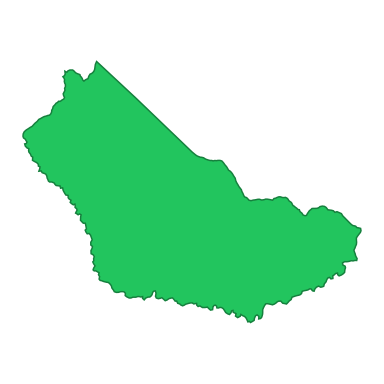 outline of Santa Maria da Vitória, Bahia, Brazil
{"feature_id": "56859067B38295503968792", "entity_name": "Santa Maria da Vitória", "entity_type": "district", "adm_level": 2, "iso_a3": "BRA", "parent_name": "Brazil", "parent_adm1": "Bahia", "projection": "robinson", "projection_center": [-44.363, -13.186], "detail": "fine", "context": "isolated", "style": "filled", "palette": "green", "viewbox_px": 384, "rotation_deg": 0, "n_neighbors": 0, "source": "geoboundaries", "source_scale": "gbopen_adm2", "svg_char_len": 5605}
<svg xmlns="http://www.w3.org/2000/svg" viewBox="0 0 384 384"><path d="M96.6,61.5L95.4,64.3L95.1,66.1L94.9,67.8L94.6,69.5L94.0,71.0L92.8,72.6L91.4,73.6L90.1,74.1L88.8,76.2L88.0,78.7L86.4,79.3L85.2,80.0L83.9,81.1L82.8,80.1L82.3,78.7L81.5,77.3L80.3,76.0L79.9,74.6L77.2,73.6L75.5,72.7L74.2,71.2L72.7,70.0L69.9,70.0L67.9,70.9L66.8,72.3L64.9,71.2L65.2,74.1L64.4,75.7L62.9,76.7L64.0,78.1L64.6,79.7L64.3,81.3L64.7,83.1L65.4,84.5L65.4,86.7L64.6,88.3L65.0,90.2L64.1,92.1L63.2,93.8L63.6,95.6L64.5,97.4L63.8,99.0L62.0,100.0L60.3,101.3L58.5,101.3L57.5,102.5L56.1,103.2L54.8,104.9L53.2,106.5L52.6,108.8L51.7,110.3L51.6,112.0L50.8,113.8L49.5,115.2L48.0,115.4L46.1,116.1L44.4,116.5L42.9,117.2L41.0,118.3L38.8,119.4L37.1,121.5L35.0,123.2L33.6,124.7L32.2,126.3L30.2,127.4L28.3,128.7L26.2,130.0L24.3,131.7L23.2,133.9L23.0,136.3L23.5,137.9L25.3,139.2L26.1,140.7L27.0,142.1L26.2,143.6L24.7,143.9L25.3,146.1L27.1,148.0L28.8,148.7L28.6,150.7L29.0,152.3L30.3,153.8L31.3,156.2L32.7,157.1L32.5,160.3L34.7,161.6L36.7,162.6L38.3,164.3L38.4,166.1L40.0,166.8L39.8,168.5L38.9,171.2L41.1,170.9L42.2,172.7L44.2,173.4L45.8,174.1L46.8,176.0L47.2,178.2L47.9,179.5L48.4,181.0L49.6,182.0L51.8,182.0L54.2,183.0L55.0,184.4L56.1,185.5L58.4,185.8L60.0,185.9L60.6,188.2L62.6,187.8L63.2,190.5L64.5,192.9L65.8,195.0L68.1,195.4L68.2,197.8L69.1,199.0L71.0,200.2L70.2,202.4L71.5,203.6L73.3,204.8L74.9,204.1L75.2,205.6L75.1,207.5L76.6,208.7L77.1,210.1L76.3,211.6L75.6,213.1L76.8,213.8L78.1,214.8L79.6,213.9L81.1,214.8L80.7,216.5L80.6,218.1L80.5,220.3L81.9,221.8L83.3,223.2L85.3,223.2L85.8,225.5L86.1,227.0L86.4,229.0L85.2,230.1L85.9,231.9L87.2,233.8L89.2,233.5L90.5,235.1L91.3,237.3L92.2,239.8L90.8,242.2L90.8,245.0L92.4,246.4L92.2,248.1L91.0,250.6L91.1,253.7L93.1,254.7L94.3,256.7L93.6,258.6L93.8,260.7L92.8,261.9L93.6,263.7L95.0,265.9L93.6,268.2L93.1,269.9L94.2,270.9L95.7,270.8L97.6,271.9L99.1,272.8L98.5,274.7L99.6,276.6L99.1,279.1L100.1,280.4L102.0,280.8L103.3,281.4L104.8,281.8L106.5,282.2L108.4,282.5L110.1,284.1L111.3,285.7L112.0,288.2L113.5,290.1L114.3,291.7L116.4,292.4L118.6,292.3L120.4,291.7L122.1,291.6L124.0,291.8L125.4,293.3L125.2,295.6L126.9,296.9L129.2,298.0L130.9,298.0L132.9,297.2L135.8,297.2L137.9,296.5L139.4,296.6L140.9,297.0L142.6,296.6L142.6,298.4L144.2,299.9L145.7,298.1L147.9,297.1L149.9,297.0L151.5,295.6L152.2,294.2L152.7,292.3L153.9,291.1L155.3,290.9L156.0,293.1L155.8,294.7L155.5,296.3L156.3,298.0L158.3,298.7L160.2,298.3L161.8,297.7L163.4,299.0L165.2,300.7L167.1,300.0L168.8,298.7L170.9,298.1L172.5,297.9L173.9,299.4L175.1,301.1L176.7,301.1L177.7,303.3L179.7,303.9L180.8,305.0L182.6,305.8L184.0,305.3L185.7,304.2L188.5,303.4L190.2,303.0L192.2,302.9L193.7,303.9L196.6,303.4L196.8,305.2L198.1,306.5L199.9,305.9L202.4,307.5L205.1,307.5L207.4,307.1L208.8,308.6L210.5,310.1L212.6,309.7L213.0,306.8L214.2,305.3L215.5,305.2L216.6,306.2L216.9,307.9L218.4,308.0L220.0,307.4L221.6,307.6L223.3,308.7L224.3,310.2L225.7,312.5L227.6,313.8L229.5,314.5L231.0,312.8L231.6,310.8L233.0,310.4L233.2,312.3L236.0,313.6L235.5,316.1L237.7,317.6L240.2,316.3L240.9,314.4L242.4,315.5L244.6,316.5L245.9,317.8L246.9,319.6L247.9,321.9L249.4,321.4L250.5,322.5L252.5,321.4L254.1,320.4L254.5,318.1L255.6,315.7L257.1,314.9L258.9,316.4L258.7,318.9L260.6,318.5L261.6,317.4L262.2,315.7L262.6,314.0L262.7,312.3L262.7,309.7L263.4,307.9L264.4,305.8L265.8,303.8L267.6,303.7L270.1,304.2L272.5,304.8L274.3,304.1L276.0,303.0L277.3,301.8L278.6,301.2L280.8,301.1L282.7,303.2L284.3,303.5L286.5,304.0L288.1,302.3L289.3,300.9L291.1,299.6L292.0,297.2L293.7,296.6L295.4,296.0L296.9,295.6L298.8,295.2L300.2,294.7L301.5,293.6L302.2,291.3L304.2,290.7L306.0,290.4L308.0,289.9L309.6,288.9L311.0,288.9L312.5,290.8L314.1,291.2L314.9,289.0L316.3,287.3L318.5,286.1L320.7,287.2L322.1,286.9L323.7,286.3L324.3,283.9L326.0,281.9L326.9,279.4L328.1,277.8L329.6,277.4L330.9,278.9L332.9,278.5L332.8,275.8L334.3,274.8L335.6,273.5L337.5,273.1L337.7,274.7L339.1,275.9L341.4,275.0L343.2,273.8L344.6,272.4L344.9,269.6L345.5,267.8L345.1,266.2L342.9,265.0L342.5,262.9L344.6,261.7L347.0,261.7L349.1,261.4L351.2,260.7L353.0,260.9L355.1,260.4L356.7,260.5L357.1,258.6L356.1,256.8L355.5,255.4L355.2,253.9L354.5,252.2L353.9,250.1L354.9,248.2L355.5,246.4L356.4,244.4L356.6,242.2L356.4,240.0L356.4,237.9L357.9,235.6L359.3,233.8L360.4,232.4L361.0,230.7L360.6,228.4L359.1,228.0L356.7,227.5L355.7,226.2L354.2,225.8L352.7,225.5L350.8,224.0L349.6,222.8L342.7,215.8L341.4,213.6L338.9,212.5L337.0,211.7L334.9,212.3L333.4,210.8L331.7,210.3L330.2,210.1L327.9,209.8L326.2,207.5L324.5,206.4L322.3,206.1L320.0,206.6L318.9,207.6L317.2,208.3L315.2,208.4L313.5,208.4L312.0,208.5L311.0,209.5L309.4,210.7L307.4,213.6L306.5,215.4L305.1,215.7L303.2,215.1L301.9,213.1L300.0,211.6L299.3,209.7L297.8,209.4L296.6,208.1L295.4,207.3L294.2,206.2L292.9,205.5L292.2,204.0L291.4,202.5L289.1,200.9L287.5,198.5L285.6,197.4L283.4,197.6L282.0,197.4L280.7,196.9L279.0,196.8L277.2,197.4L275.6,198.2L274.0,198.5L272.6,200.2L270.0,199.6L267.6,199.2L265.8,199.1L264.3,199.6L262.9,199.9L261.4,200.0L259.7,199.3L257.9,199.3L256.4,199.6L255.0,199.9L253.2,200.1L251.0,200.7L249.0,200.2L247.7,198.7L246.6,197.6L244.6,196.9L243.8,195.6L242.9,193.4L241.8,191.3L241.4,189.8L240.2,188.2L239.0,186.7L237.9,184.7L236.9,183.1L235.8,180.9L235.2,178.2L233.9,176.3L232.5,173.9L231.4,172.4L230.1,171.1L228.5,170.1L227.7,168.6L226.5,166.6L224.9,164.8L223.5,162.8L221.9,161.0L220.0,160.4L217.9,160.4L216.4,160.7L214.9,160.5L213.1,160.9L211.8,160.5L210.1,160.5L208.2,160.0L205.6,159.1L203.6,157.8L201.7,157.3L200.2,157.2L199.0,156.7L197.4,156.1L195.7,155.0L192.2,152.1L185.2,145.4L136.3,98.5L96.6,61.5Z" fill="#22c55e" stroke="#15803d" stroke-width="1.5"/></svg>